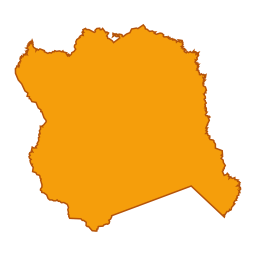 Towong, Victoria, Australia
{"feature_id": "25037944B17734063205402", "entity_name": "Towong", "entity_type": "district", "adm_level": 2, "iso_a3": "AUS", "parent_name": "Australia", "parent_adm1": "Victoria", "projection": "mercator", "projection_center": [147.729, -36.366], "detail": "fine", "context": "isolated", "style": "filled", "palette": "amber", "viewbox_px": 256, "rotation_deg": 0, "n_neighbors": 0, "source": "geoboundaries", "source_scale": "gbopen_adm2", "svg_char_len": 5638}
<svg xmlns="http://www.w3.org/2000/svg" viewBox="0 0 256 256"><path d="M15.4,68.7L15.5,73.3L18.3,80.0L21.7,83.9L25.0,91.0L27.9,93.1L27.1,96.3L29.4,96.7L29.3,98.6L30.4,98.8L31.9,101.6L36.0,102.4L38.3,107.9L41.0,110.0L40.8,111.6L41.9,111.8L44.0,117.7L46.1,120.5L46.2,121.7L43.6,125.0L42.2,125.9L42.5,126.7L40.3,126.2L40.5,129.2L39.4,130.7L40.1,133.7L39.3,133.7L38.8,135.0L39.5,136.9L38.5,137.6L38.7,140.7L37.1,143.6L37.6,144.6L35.6,146.6L36.3,147.8L33.7,148.0L32.2,147.1L31.6,149.8L32.6,151.8L31.2,151.3L31.1,152.2L29.9,152.6L29.2,154.1L30.2,155.3L29.0,156.5L29.4,158.0L31.1,159.4L30.0,160.3L30.4,162.4L31.1,164.1L32.2,164.3L31.7,165.3L33.2,167.3L32.6,171.6L35.8,172.6L36.9,174.6L39.2,175.2L39.9,176.0L40.1,178.0L41.1,179.1L40.6,180.0L42.0,184.8L41.9,187.1L40.5,189.1L40.5,190.2L41.6,191.0L41.8,192.4L43.8,192.8L46.7,194.9L48.1,198.5L49.7,199.9L52.0,199.9L53.7,200.8L55.9,200.8L57.1,199.9L58.3,201.3L59.7,201.2L61.4,202.7L63.9,202.5L67.3,204.4L68.5,207.4L67.8,209.7L68.5,212.4L68.1,214.3L68.9,214.9L68.8,216.5L69.7,218.3L80.9,218.8L82.3,220.4L83.7,220.4L86.2,222.3L86.1,225.5L87.2,226.5L88.5,226.5L92.2,230.7L96.1,231.1L96.9,230.9L96.8,229.2L97.8,229.0L98.3,226.5L103.0,226.1L103.9,224.9L106.3,224.0L107.7,224.2L109.1,223.3L109.6,221.5L108.8,220.2L110.5,219.2L111.7,216.8L111.7,215.7L191.2,186.0L224.3,217.1L224.7,215.9L223.5,215.0L225.1,214.4L227.0,211.5L228.1,211.6L229.5,210.5L229.6,209.5L230.7,210.1L231.2,209.6L231.6,207.4L234.6,204.0L234.0,203.9L234.4,203.5L233.7,202.8L234.9,200.8L236.6,200.2L236.0,199.1L237.4,197.8L236.8,197.2L237.3,195.8L238.8,195.1L238.6,193.7L239.0,192.5L239.8,192.5L239.0,190.9L239.6,191.3L239.8,189.8L240.6,189.2L240.4,187.7L239.4,187.8L239.8,187.0L239.3,186.6L239.4,185.6L237.2,185.9L238.0,185.1L238.6,185.6L239.7,184.2L239.1,183.3L240.0,182.7L238.7,181.4L237.6,181.4L237.4,180.4L237.9,180.0L234.9,179.5L234.8,177.6L232.8,178.4L231.3,177.9L230.9,176.9L229.2,178.3L229.6,176.7L228.5,176.4L228.9,175.0L227.3,173.3L226.6,174.4L224.2,175.4L222.4,171.5L223.3,170.3L223.2,169.3L224.2,168.7L224.1,167.6L225.3,165.5L223.4,162.6L223.1,160.1L221.1,158.4L222.7,156.1L221.3,155.2L222.5,154.5L222.2,150.7L215.4,148.1L215.4,144.1L213.8,141.8L214.0,141.0L213.2,140.1L210.1,139.5L209.1,137.9L209.8,137.4L209.8,136.0L208.1,135.5L207.5,133.6L205.8,133.5L207.3,131.7L206.0,130.8L207.0,129.9L206.4,129.1L207.4,128.0L205.9,127.9L207.2,124.9L208.0,125.3L207.3,124.4L209.3,120.3L208.4,118.0L209.9,117.0L209.1,116.2L207.7,116.6L207.5,115.8L206.0,115.7L205.4,114.7L207.1,112.1L206.2,112.0L205.4,110.4L206.3,110.5L206.3,108.5L205.1,108.0L205.9,107.6L205.0,106.4L205.4,105.8L204.9,104.2L206.1,103.3L206.1,102.6L205.3,101.7L205.2,100.6L204.2,99.7L204.3,98.9L205.4,98.2L205.3,96.7L203.7,94.1L204.4,94.0L205.0,92.4L205.8,92.7L205.7,90.9L206.4,90.3L205.4,87.0L203.3,85.8L202.9,83.1L203.2,82.5L203.7,83.0L203.5,81.2L204.2,81.3L205.3,80.0L203.9,79.7L203.1,77.7L204.2,78.2L204.7,76.8L205.4,77.5L205.9,74.7L205.0,75.2L204.2,74.6L204.7,75.2L204.2,75.5L203.6,74.5L202.6,74.9L201.4,73.9L200.7,74.4L200.6,73.6L200.4,74.7L199.5,74.6L199.3,72.5L198.6,71.8L198.8,70.9L196.9,70.1L197.8,69.5L197.4,69.0L198.4,68.9L197.2,68.6L197.9,67.7L197.0,67.8L197.9,67.2L197.6,66.3L198.3,66.2L197.9,65.8L198.6,64.8L197.6,65.2L197.9,64.1L197.0,64.1L197.5,63.4L196.3,63.5L196.6,62.8L195.9,63.0L195.0,62.0L195.7,61.2L195.4,59.9L196.3,60.3L197.3,59.2L196.7,57.7L198.6,55.4L198.1,53.6L198.7,52.5L197.2,53.1L197.0,54.0L196.7,53.2L196.1,53.8L196.3,52.5L195.7,52.2L196.5,51.8L195.2,52.1L195.2,51.1L194.8,52.5L193.6,52.5L193.8,50.7L192.1,52.6L190.4,52.0L190.9,51.3L188.4,52.6L186.9,51.6L186.2,52.8L184.3,51.6L185.1,50.5L184.2,50.0L185.7,49.9L184.3,48.5L181.9,47.9L182.6,47.1L181.7,46.6L182.8,46.3L182.1,45.9L183.0,44.3L182.4,43.8L182.9,42.8L182.4,42.0L181.3,42.0L182.4,41.2L182.1,40.5L178.9,40.0L179.6,40.6L179.2,41.6L177.6,41.1L176.5,42.1L176.3,40.8L174.6,39.5L174.0,40.1L173.3,39.2L172.5,39.8L172.1,38.6L170.1,39.2L169.7,37.9L170.4,37.3L169.0,37.6L168.5,37.0L168.4,38.0L167.1,36.8L164.0,36.9L163.2,36.0L163.7,35.0L161.9,33.4L160.0,33.1L156.3,34.3L154.4,33.2L155.6,32.0L153.8,32.0L152.5,31.0L149.6,31.4L147.1,29.3L145.3,28.8L145.1,27.2L143.3,24.9L137.9,28.6L136.4,28.1L131.6,29.0L129.9,32.7L126.6,34.0L123.0,36.7L122.1,36.1L122.3,35.2L121.6,34.6L119.1,34.1L118.7,35.6L117.9,35.8L117.5,34.4L115.9,34.5L116.5,33.4L115.2,34.3L113.0,33.3L112.9,34.3L113.5,34.8L112.8,36.6L114.9,35.2L116.1,36.6L119.2,36.5L119.7,38.0L113.6,42.6L112.4,40.9L109.1,38.6L107.7,38.4L107.5,36.9L106.6,36.0L108.6,33.0L106.8,32.0L105.9,32.8L102.6,28.4L101.5,29.6L100.2,29.7L99.7,28.2L96.9,28.5L95.0,30.3L95.4,31.7L94.3,32.4L88.9,29.6L86.3,29.5L85.6,28.4L82.9,29.7L83.3,31.1L82.3,32.0L83.6,32.4L82.5,33.1L83.2,35.4L81.6,35.1L79.7,36.4L80.2,36.2L79.4,37.1L79.9,37.5L76.8,39.6L75.8,41.8L76.2,43.9L75.0,44.7L74.4,46.0L74.5,47.4L75.7,49.1L74.0,51.5L71.8,52.7L71.3,54.4L69.4,56.0L69.1,54.5L68.2,54.0L67.8,54.4L68.6,55.5L67.7,56.0L66.1,53.4L66.6,52.8L63.3,51.9L62.9,50.9L61.9,51.8L59.4,50.9L56.5,51.4L54.8,50.7L54.1,51.8L52.8,51.6L51.4,53.0L49.5,52.6L47.9,53.4L44.3,51.6L44.4,50.6L39.9,48.9L38.2,50.1L37.1,49.1L36.1,50.5L36.2,49.0L33.7,47.4L32.9,45.9L33.1,44.4L32.5,43.6L32.9,42.9L32.0,42.5L32.6,41.6L32.1,40.3L31.6,41.7L30.9,41.3L30.0,41.8L30.8,43.4L29.0,42.8L28.9,43.5L29.7,43.9L29.5,44.6L28.7,44.2L27.3,44.0L28.7,44.4L28.9,45.5L27.9,46.3L27.3,45.3L27.5,47.8L26.2,48.1L28.4,49.4L27.7,50.8L27.0,50.7L27.5,51.6L27.1,52.6L26.1,51.9L26.9,54.0L25.9,53.2L25.5,54.1L24.0,54.3L24.9,54.8L23.8,54.9L22.9,56.7L21.7,55.9L21.4,57.8L20.5,57.1L20.0,59.0L20.7,61.0L19.7,61.7L20.0,62.7L18.6,62.9L18.2,64.7L19.3,65.2L18.8,66.9L18.0,66.0L16.7,66.1L16.7,67.3L15.4,68.7Z" fill="#f59e0b" stroke="#b45309" stroke-width="1.5"/></svg>